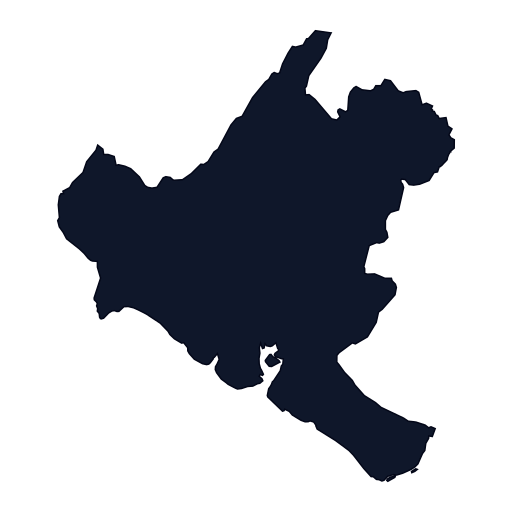 Boffa, Boffa, Guinea (Mercator projection)
{"feature_id": "49546643B38864499602181", "entity_name": "Boffa", "entity_type": "district", "adm_level": 2, "iso_a3": "GIN", "parent_name": "Guinea", "parent_adm1": "Boffa", "projection": "mercator", "projection_center": [-14.02, 10.351], "detail": "fine", "context": "isolated", "style": "filled", "palette": "ink", "viewbox_px": 512, "rotation_deg": 0, "n_neighbors": 0, "source": "geoboundaries", "source_scale": "gbopen_adm2", "svg_char_len": 4470}
<svg xmlns="http://www.w3.org/2000/svg" viewBox="0 0 512 512"><path d="M331.1,32.9L330.9,32.9L315.4,30.7L308.4,38.6L306.6,38.8L303.2,45.0L295.7,47.1L292.4,46.4L288.1,53.1L282.6,63.8L279.6,73.0L277.2,73.7L274.2,72.5L271.9,74.0L268.8,79.4L265.5,81.8L252.6,97.5L242.1,116.3L236.4,118.4L231.0,124.9L218.1,149.1L214.0,152.0L208.1,161.6L203.8,164.5L200.8,164.2L191.3,173.6L182.5,179.7L174.7,180.2L173.7,180.2L172.7,179.6L170.2,177.4L165.8,176.7L163.2,177.8L157.0,187.3L151.9,188.1L147.6,187.3L144.8,185.5L139.4,176.9L130.7,168.7L124.9,166.2L118.5,164.7L116.1,165.3L114.2,156.5L108.1,154.5L103.7,154.5L102.9,149.2L97.7,145.1L96.0,150.2L86.7,161.7L83.0,172.5L73.0,182.1L72.5,182.6L72.4,182.8L69.7,187.6L62.9,191.2L63.4,192.9L63.4,193.0L63.5,193.4L63.6,193.7L61.0,193.7L59.4,196.4L58.3,204.8L59.4,217.7L57.7,220.6L59.3,226.9L63.3,232.5L66.6,238.8L79.3,248.8L84.1,253.3L88.1,258.2L90.6,260.3L92.4,261.0L97.4,261.4L97.4,267.2L100.6,278.1L94.1,298.0L94.3,299.8L96.5,302.0L97.3,303.6L96.6,305.9L97.7,308.6L97.3,311.1L98.9,313.1L99.2,313.5L99.6,317.2L100.4,318.6L101.3,318.9L103.6,318.2L108.6,313.0L111.9,311.0L114.4,310.6L117.0,311.5L118.9,311.4L123.9,306.7L128.2,306.5L133.6,307.8L138.3,309.9L143.5,312.5L146.5,314.1L160.3,323.2L162.3,325.3L168.0,331.2L169.9,334.5L174.4,338.8L181.6,343.1L183.7,342.7L187.3,347.2L187.7,347.7L187.8,350.9L189.3,353.6L194.3,359.2L202.5,363.7L206.6,364.6L208.8,364.1L210.3,362.7L213.2,358.9L213.1,358.0L214.2,357.4L217.4,353.6L219.2,359.4L217.1,364.0L215.5,366.7L215.3,369.6L216.6,372.7L221.3,379.1L226.1,382.6L228.1,384.3L233.6,387.2L235.8,388.3L237.5,389.0L241.5,388.5L247.6,386.5L252.8,386.1L257.5,383.7L259.8,383.3L262.8,380.8L262.0,378.8L259.2,376.3L260.2,374.5L262.5,375.4L263.4,374.3L261.6,370.4L260.4,368.3L259.2,363.8L259.0,358.5L259.9,353.2L259.3,347.8L260.6,343.1L262.5,348.5L264.1,348.0L265.1,343.7L266.7,345.8L270.3,346.5L272.3,345.8L275.9,342.7L276.7,345.3L277.7,348.5L278.7,349.5L278.2,351.1L276.8,352.0L275.0,353.4L274.3,355.0L275.5,356.5L281.4,358.7L283.3,358.8L283.0,362.3L282.8,364.2L281.3,366.0L280.3,370.7L273.6,380.8L272.4,381.8L271.5,384.3L270.5,386.2L268.7,388.7L267.3,395.5L267.8,397.0L280.8,409.5L282.5,411.2L284.0,410.7L284.7,409.5L284.8,409.2L285.4,409.5L289.3,411.4L292.3,415.0L301.0,420.3L305.1,421.8L308.2,421.7L310.0,420.9L313.7,422.0L316.3,425.7L315.9,426.0L317.2,429.1L335.5,440.5L349.0,450.5L353.4,455.1L357.3,460.1L363.8,468.5L371.1,476.6L373.3,476.7L376.4,479.4L379.1,479.7L381.9,481.0L384.0,480.3L387.1,477.0L387.7,476.3L393.3,474.6L396.8,475.0L402.7,473.2L410.9,469.5L414.8,467.0L417.9,463.9L422.5,453.5L424.1,451.4L424.8,450.5L424.9,449.8L425.8,443.3L428.6,438.4L428.8,435.9L430.0,436.1L432.3,436.5L435.2,428.6L431.0,426.8L428.6,427.8L428.4,427.6L425.2,425.1L416.0,422.1L413.1,421.7L408.2,421.2L403.6,418.1L380.9,407.3L375.6,402.7L364.3,395.6L354.9,385.0L352.3,380.4L344.5,372.4L338.9,364.6L336.8,362.1L336.9,355.4L339.1,352.7L352.3,342.9L355.4,343.9L367.4,336.9L376.2,322.4L378.5,312.1L382.2,309.3L395.0,294.8L396.3,287.8L396.4,287.6L395.4,284.2L392.1,280.8L391.4,278.3L384.9,278.3L374.6,273.9L367.3,274.2L364.7,273.4L364.7,268.6L363.8,266.7L369.2,245.6L376.6,242.6L379.3,243.1L383.8,241.7L387.8,237.4L386.9,232.3L385.4,229.5L385.4,220.6L387.8,215.4L390.6,212.3L398.5,209.9L403.6,187.6L402.6,184.2L401.1,182.4L400.7,180.2L401.7,179.1L405.3,179.6L409.2,184.6L413.7,185.1L419.7,184.2L429.1,180.5L434.0,172.6L437.5,171.9L439.2,166.8L440.1,166.7L441.9,165.3L443.9,163.1L445.6,161.4L447.1,159.7L447.5,157.5L448.5,154.8L449.0,153.8L450.0,152.4L450.2,151.6L450.3,151.6L450.2,151.5L454.2,148.1L454.3,139.7L450.8,137.8L448.9,134.8L452.0,128.9L447.9,126.1L446.0,117.6L439.2,118.5L437.7,115.6L436.0,115.0L434.3,111.5L432.3,111.1L432.5,109.9L431.2,109.0L432.5,106.0L426.4,103.2L422.1,104.8L418.7,92.3L415.9,90.6L406.1,91.6L403.2,92.8L398.2,90.8L390.5,80.7L384.8,79.4L380.9,85.7L375.8,85.7L373.7,89.3L370.5,90.8L362.0,89.8L356.1,86.5L353.8,87.9L350.4,92.1L348.7,96.8L347.8,110.3L345.6,111.8L339.8,108.9L338.1,109.9L337.7,111.9L340.1,116.8L336.8,120.0L331.5,118.8L315.0,99.4L309.1,94.6L305.5,94.9L304.9,88.1L306.4,86.2L308.8,75.6L321.0,58.1L326.3,48.3L327.7,39.7L331.1,32.9ZM279.9,362.1L279.0,360.6L275.9,358.2L272.8,356.7L271.0,354.4L269.6,354.6L265.3,360.4L265.5,361.7L269.2,366.3L271.6,366.5L279.9,362.1ZM394.8,477.4L395.5,475.7L389.8,477.4L387.5,479.0L386.7,480.3L387.8,481.3L394.8,477.4ZM414.8,471.4L417.3,469.4L415.7,468.8L411.5,471.5L411.8,472.7L414.8,471.4Z" fill="#0f172a" stroke="#020617" stroke-width="1.5"/></svg>